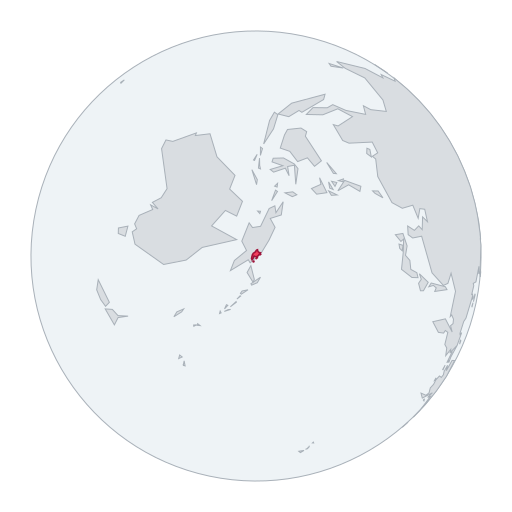 Madang on an orthographic globe, rotated 102°
{"feature_id": "PNG-1240", "entity_name": "Madang", "entity_type": "Province", "adm_level": 1, "iso_a3": "PNG", "parent_name": "Papua New Guinea", "parent_adm1": "", "projection": "orthographic", "projection_center": [145.623, -4.997], "detail": "fine", "context": "on_globe", "style": "filled", "palette": "rose", "viewbox_px": 512, "rotation_deg": 102, "n_neighbors": 0, "source": "natural_earth", "source_scale": "10m", "svg_char_len": 7820}
<svg xmlns="http://www.w3.org/2000/svg" viewBox="0 0 512 512"><g transform="rotate(102 256 256)"><circle cx="256" cy="256" r="225" fill="#eef3f6" stroke="#a8b0b8"/><path d="M378.2,302.5L378.2,304.2L377.9,304.4L378.2,302.5ZM381.0,68.6L373.3,63.7L357.1,56.2L358.6,58.7L353.1,55.0L360.4,63.8L355.8,66.1L356.9,60.8L353.9,58.3L348.8,58.1L344.6,55.6L339.7,54.3L335.2,51.6L336.2,49.5L333.2,48.0L329.8,48.0L323.1,45.9L328.6,46.0L317.4,42.5L316.9,40.0L334.2,44.7L350.4,51.4L366.0,59.4L381.0,68.6ZM438.1,173.6L436.2,168.6L439.1,171.7L438.1,173.6ZM433.9,165.8L434.8,167.4L433.8,166.0L433.9,165.8ZM432.4,164.8L433.5,165.5L432.4,165.3L432.4,164.8ZM430.5,164.3L431.5,164.4L431.4,164.6L430.5,164.3ZM427.1,161.9L426.1,161.2L426.9,160.7L427.1,161.9ZM387.3,73.0L386.9,72.7L393.2,77.3L391.4,76.0L387.3,73.0ZM360.6,61.5L362.8,61.6L362.1,62.4L360.6,61.5ZM339.9,54.7L340.6,55.5L337.7,54.6L339.9,54.7ZM328.2,49.8L323.4,48.3L328.4,49.4L328.2,49.8ZM320.8,47.2L309.2,44.3L309.8,45.8L301.7,40.7L314.2,44.4L320.3,45.3L318.5,45.8L320.8,47.2ZM299.0,38.7L296.4,38.0L299.3,38.4L299.0,38.7ZM174.2,46.1L176.1,45.3L176.7,45.1L191.0,40.3L190.3,40.5L187.0,41.5L177.2,45.1L168.9,48.3L175.6,45.8L187.6,41.4L193.1,39.7L187.9,41.4L190.3,40.6L192.4,40.0L192.5,40.2L198.5,38.3L224.3,33.6L227.2,34.3L219.7,35.8L235.6,35.5L237.6,37.8L239.8,36.8L248.8,37.0L248.3,36.2L250.0,35.8L273.1,37.7L276.9,39.2L289.2,40.4L290.3,40.1L288.2,38.9L301.7,40.7L309.8,45.8L306.9,46.1L314.0,49.7L306.3,50.3L303.3,52.9L290.8,52.5L289.5,55.3L292.4,56.5L292.8,61.7L283.5,69.4L278.1,57.7L289.6,48.3L283.7,51.2L281.2,49.2L276.7,49.7L273.0,52.3L274.9,53.4L249.1,53.5L232.3,61.6L242.9,62.6L245.8,66.6L235.9,80.3L202.2,98.1L205.8,106.5L203.5,111.6L195.1,113.9L198.0,106.4L192.7,103.1L195.7,98.9L183.1,101.2L186.8,95.4L175.2,100.7L175.6,105.6L185.4,105.2L173.7,113.2L178.9,122.8L175.5,134.1L153.0,153.4L136.2,159.1L134.3,162.9L129.8,158.4L120.4,166.0L126.3,188.5L125.0,195.2L111.4,207.7L111.7,202.7L99.6,190.6L95.0,206.6L104.0,220.0L107.1,236.2L99.0,231.1L96.2,217.1L92.0,212.4L94.9,198.3L94.7,178.2L86.7,182.2L89.0,174.2L87.5,158.6L77.0,164.3L59.2,186.6L53.9,207.7L49.0,217.6L49.9,188.4L55.4,168.9L52.5,171.3L56.1,156.3L53.2,157.8L61.2,142.9L70.2,128.7L80.2,115.1L91.2,102.4L103.2,90.5L116.0,79.5L129.6,69.6L143.8,60.6L158.8,52.8L174.2,46.1ZM49.7,165.4L48.1,169.5L44.0,179.8L49.7,165.4ZM111.1,421.4L115.1,424.0L114.3,424.5L111.1,421.4ZM156.3,276.0L162.8,277.3L162.6,278.4L156.3,276.0ZM149.5,272.0L156.7,272.6L148.5,274.3L149.5,272.0ZM159.5,272.9L166.7,271.2L169.9,269.7L169.5,271.9L159.5,272.9ZM144.8,271.8L120.6,270.9L111.5,267.9L113.2,264.0L128.0,265.3L144.8,271.8ZM112.5,263.9L99.1,252.9L83.4,222.1L88.9,222.4L105.9,241.0L104.7,244.2L112.9,252.9L112.5,263.9ZM146.6,244.7L145.4,254.7L131.7,253.3L125.7,251.5L121.5,238.6L123.8,232.3L128.6,232.6L149.3,211.8L156.1,217.4L149.3,226.1L155.0,234.9L146.6,244.7ZM54.0,209.7L54.8,222.1L52.5,224.5L54.0,209.7ZM159.1,197.5L149.8,206.3L158.8,194.5L159.1,197.5ZM165.3,186.5L165.2,191.1L162.4,186.5L165.3,186.5ZM132.7,169.0L127.5,169.9L128.1,166.8L135.1,163.8L132.7,169.0ZM172.7,143.9L170.0,152.6L168.1,155.5L167.0,150.1L172.7,143.9ZM222.0,33.7L227.3,32.8L227.5,33.0L226.3,33.2L222.0,33.7ZM223.4,33.3L225.3,32.8L229.9,32.3L227.5,32.7L223.4,33.3ZM331.8,389.8L336.5,392.7L330.9,398.9L322.2,404.8L312.0,405.4L331.8,389.8ZM257.2,396.4L253.4,387.5L263.9,388.0L262.6,395.4L257.2,396.4ZM338.1,385.4L343.0,378.6L341.4,368.6L344.9,378.1L352.8,380.2L339.1,392.5L338.1,385.4ZM208.6,357.0L170.6,370.7L161.2,368.2L161.2,361.2L148.0,339.9L150.8,340.4L146.0,326.4L167.1,314.8L181.5,293.3L196.0,295.7L205.3,280.6L221.0,283.2L217.8,295.4L235.8,305.7L244.0,278.3L258.8,310.4L274.5,323.5L283.5,344.6L269.6,376.8L258.1,382.1L254.2,378.4L249.8,381.4L240.6,378.8L232.0,366.7L227.9,369.7L230.3,361.6L225.1,368.5L218.7,360.8L208.6,357.0ZM322.8,315.7L326.1,317.1L332.5,323.7L327.1,321.8L322.8,315.7ZM370.1,307.2L372.4,310.3L368.7,310.1L370.1,307.2ZM377.9,304.4L373.5,304.5L378.2,302.5L377.9,304.4ZM335.7,299.9L337.7,302.2L336.5,302.7L335.7,299.9ZM334.3,299.0L335.7,296.2L336.0,299.3L334.3,299.0ZM317.3,279.6L318.9,278.3L319.9,279.7L317.3,279.6ZM172.4,278.0L181.0,270.6L186.1,270.3L172.4,278.0ZM314.3,275.8L309.8,274.8L310.1,273.3L314.3,275.8ZM314.2,272.1L313.5,269.7L316.8,275.5L314.2,272.1ZM305.3,265.6L311.0,270.5L304.7,266.0L305.3,265.6ZM302.1,265.7L298.2,263.3L298.4,262.7L302.1,265.7ZM261.3,262.8L275.6,278.0L264.9,276.2L252.6,266.4L244.4,273.0L225.0,269.6L228.9,265.3L226.0,257.7L206.8,253.0L203.0,248.0L209.5,245.5L197.3,240.7L210.6,239.8L216.3,249.9L224.0,243.3L237.9,246.6L251.9,251.5L263.9,260.3L261.3,262.8ZM211.3,260.9L213.7,261.1L211.7,263.8L211.3,260.9ZM290.7,256.8L296.4,262.4L295.8,263.5L293.1,262.3L290.7,256.8ZM266.5,259.0L279.2,252.8L282.3,253.4L274.0,261.3L266.5,259.0ZM275.8,247.2L281.9,249.2L285.4,254.2L284.2,255.2L275.8,247.2ZM184.2,249.7L183.8,252.3L180.4,250.0L184.2,249.7ZM188.4,248.4L198.6,252.2L187.5,250.6L188.4,248.4ZM159.2,237.3L161.9,243.7L170.6,240.3L164.0,245.6L170.3,256.2L168.4,260.1L162.1,248.5L160.6,259.9L156.8,259.5L154.4,249.5L158.0,237.7L161.8,233.1L177.6,232.0L159.2,237.3ZM188.2,240.8L185.6,233.4L187.6,228.8L190.4,232.8L188.2,240.8ZM178.5,215.8L172.4,207.4L166.2,210.1L179.3,199.8L182.9,209.5L178.5,215.8ZM174.3,198.0L168.4,200.4L174.9,194.4L174.3,198.0ZM167.2,197.6L167.3,192.2L171.5,193.2L167.2,197.6ZM177.2,198.5L179.4,189.3L181.0,194.9L177.2,198.5ZM167.1,180.2L175.2,189.5L163.6,185.0L166.0,167.9L171.2,167.8L167.1,180.2ZM214.6,118.6L215.0,114.4L220.5,114.1L218.7,117.0L214.6,118.6ZM238.8,110.9L222.1,112.7L208.7,115.1L211.6,117.3L206.2,124.1L203.4,117.0L214.7,110.3L224.3,109.9L228.3,104.6L236.9,101.8L238.9,95.2L243.5,93.0L244.6,99.0L238.8,110.9ZM239.4,92.5L245.9,82.1L255.2,85.0L255.8,87.9L248.9,91.3L244.4,89.5L239.4,92.5ZM250.2,80.6L246.0,79.0L246.7,64.4L249.2,62.2L253.5,73.8L249.7,73.1L247.9,76.4L250.2,80.6ZM295.9,38.4L296.3,38.0L297.8,38.7L295.9,38.4ZM249.5,35.4L252.1,35.0L253.7,35.5L249.5,35.4ZM260.1,34.4L256.5,34.0L261.2,34.1L260.1,34.4ZM248.3,33.6L255.5,33.8L247.4,34.0L248.3,33.6Z" fill="#d9dde1" stroke="#a8b0b8" stroke-width="1"/><path d="M251.9,252.1L252.0,252.1L252.5,252.2L252.8,252.3L253.0,252.5L253.1,252.8L253.3,252.8L253.5,253.0L253.8,253.4L253.9,253.5L254.3,253.6L254.6,253.6L254.8,253.6L255.1,253.8L255.3,254.0L255.5,254.2L255.6,254.4L255.8,254.4L255.8,254.6L256.3,255.1L256.5,255.2L256.6,255.3L256.7,255.5L256.6,255.8L256.7,256.0L256.7,256.3L256.7,256.5L256.7,256.8L256.6,257.0L256.5,257.3L256.4,257.5L256.5,257.8L256.9,257.9L257.0,257.9L257.0,258.0L257.1,257.9L257.3,257.9L257.5,257.9L257.6,258.0L257.8,258.0L258.0,258.1L258.3,258.2L258.5,258.2L258.6,258.3L258.8,258.3L259.0,258.4L259.3,258.4L259.4,258.5L259.5,258.6L260.0,259.0L260.3,259.0L260.5,259.1L259.4,259.9L257.0,259.9L256.8,259.9L256.7,259.8L256.2,259.8L256.1,259.7L255.9,259.6L255.7,259.7L255.6,259.8L255.4,259.8L255.3,259.7L255.2,259.7L255.0,259.4L254.9,259.4L254.6,259.4L254.2,259.4L253.9,259.2L253.7,259.1L253.4,258.7L253.2,258.5L253.1,258.4L253.0,258.2L252.9,258.1L252.7,258.0L252.5,257.9L252.4,257.8L252.4,257.7L252.2,257.6L251.9,257.5L251.8,257.4L251.7,257.3L251.7,257.2L251.1,257.0L250.9,257.0L250.7,257.1L250.4,256.9L250.3,256.7L250.2,256.5L250.0,256.4L249.9,256.3L249.6,256.2L249.5,255.9L249.8,255.9L251.4,254.7L251.8,254.0L251.9,252.1L251.9,252.1ZM262.2,257.1L262.2,257.3L262.3,257.3L262.3,257.5L262.2,257.7L262.0,257.8L261.9,257.8L261.8,257.7L261.6,257.5L261.5,257.4L261.4,257.3L261.4,257.2L261.5,257.0L261.5,256.9L261.8,256.8L262.1,256.9L262.1,257.0L262.2,257.1ZM257.5,254.2L257.7,254.4L257.7,254.5L257.7,254.8L257.4,255.0L257.2,255.1L257.1,254.9L257.0,254.7L257.1,254.4L257.3,254.2L257.5,254.2ZM253.9,252.3L254.0,252.3L254.0,252.5L253.9,252.5L253.7,252.6L253.7,252.4L253.8,252.3L253.8,252.2L253.9,252.3ZM258.3,255.3L258.3,255.2L258.5,255.3L258.4,255.4L258.3,255.3Z" fill="#f43f5e" stroke="#9f1239" stroke-width="1.5"/></g></svg>